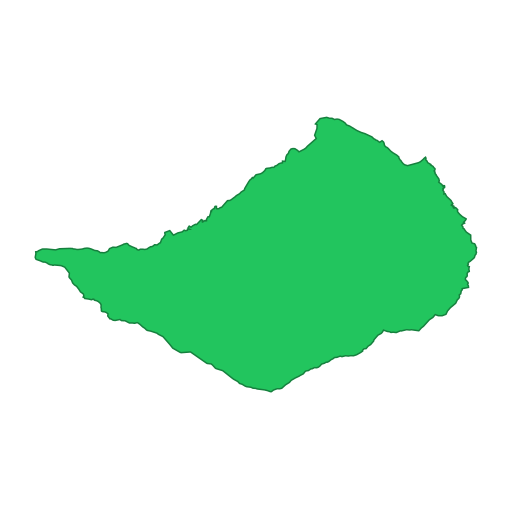 Rosia, Bihor, Romania, rotated 178°
{"feature_id": "2599482B74663584597770", "entity_name": "Rosia", "entity_type": "district", "adm_level": 2, "iso_a3": "ROU", "parent_name": "Romania", "parent_adm1": "Bihor", "projection": "robinson", "projection_center": [22.429, 46.826], "detail": "fine", "context": "isolated", "style": "filled", "palette": "green", "viewbox_px": 512, "rotation_deg": 178, "n_neighbors": 0, "source": "geoboundaries", "source_scale": "gbopen_adm2", "svg_char_len": 6015}
<svg xmlns="http://www.w3.org/2000/svg" viewBox="0 0 512 512"><g transform="rotate(178 256 256)"><path d="M476.0,267.9L475.9,266.0L476.7,262.4L476.2,260.8L475.8,260.3L471.7,258.7L469.5,257.6L468.3,257.3L467.0,257.3L464.4,255.9L463.9,255.3L462.5,254.8L462.2,254.5L460.7,254.3L459.3,253.8L458.6,253.8L458.0,254.1L451.9,253.3L450.9,253.1L447.5,251.5L443.1,245.4L443.6,241.7L443.3,240.9L441.2,238.4L440.2,235.5L438.5,233.5L436.3,231.9L434.2,228.9L432.7,226.3L429.9,224.1L429.4,221.9L430.2,221.0L428.9,220.2L428.6,219.5L424.6,218.8L421.9,218.0L420.4,218.6L419.5,218.4L419.3,217.8L418.8,217.4L416.9,216.9L415.2,216.0L413.3,214.2L412.5,212.7L412.7,209.6L412.3,208.6L412.5,207.5L412.3,206.3L412.0,206.1L410.8,205.6L409.7,205.6L407.8,204.9L405.9,203.4L406.2,201.7L406.2,201.1L404.1,198.2L403.4,198.3L401.0,196.8L399.0,196.5L394.1,197.3L393.1,196.4L392.3,196.0L391.4,196.1L390.4,195.9L389.2,195.9L384.9,193.5L382.0,193.4L379.7,193.0L376.9,193.6L374.4,191.8L371.7,189.1L369.7,187.7L368.0,185.9L367.1,185.4L363.8,184.6L357.6,182.3L356.4,181.2L351.8,178.7L345.2,170.6L342.4,166.8L335.1,162.3L334.1,162.0L324.8,162.4L309.2,150.7L308.5,150.3L304.5,149.7L303.1,148.4L300.6,145.4L299.9,144.9L293.3,142.6L283.9,134.6L282.6,133.6L278.6,131.2L276.9,129.2L274.3,128.3L271.3,126.3L269.8,125.7L265.6,125.0L263.7,124.0L260.9,123.7L259.5,123.1L252.1,121.9L249.3,121.1L246.3,119.9L245.3,119.9L243.3,121.4L239.6,122.6L236.9,122.5L234.9,122.9L231.0,126.2L227.0,128.5L225.2,130.5L220.9,132.8L217.1,134.4L216.4,134.9L212.8,136.6L210.8,139.0L209.9,139.4L207.5,139.7L205.3,141.2L203.6,141.4L201.6,142.4L199.2,142.2L197.6,142.7L196.1,143.7L194.2,145.7L191.5,146.4L189.6,147.4L188.4,147.4L186.9,148.0L184.7,149.7L182.7,150.6L181.0,151.8L178.7,151.9L175.4,153.0L173.6,152.4L170.0,153.2L167.3,152.8L164.8,153.1L162.0,152.9L158.9,153.8L154.8,155.9L152.8,157.2L153.0,157.8L151.3,159.5L149.2,159.6L147.1,162.0L144.5,163.5L141.4,166.9L141.1,168.1L138.7,170.7L136.8,172.7L133.9,174.1L133.1,174.7L132.0,176.0L131.2,177.5L127.4,176.0L124.9,175.6L124.1,175.0L123.3,174.9L121.7,175.1L119.3,174.7L118.5,174.6L114.3,176.2L113.5,176.0L108.1,177.1L105.0,176.7L103.2,176.9L95.9,175.6L93.2,178.4L91.1,179.9L84.9,186.3L81.4,188.4L78.9,191.2L76.0,190.0L72.1,189.8L68.2,191.1L66.5,194.4L63.5,197.6L58.1,201.8L56.4,205.1L54.8,206.5L54.2,207.6L54.0,208.6L54.2,210.1L52.7,211.1L52.1,214.0L51.1,215.0L51.1,216.2L44.7,217.2L44.8,218.8L45.6,220.4L44.9,221.4L45.1,222.3L45.9,223.1L46.2,223.8L47.5,225.0L47.5,226.2L47.1,227.3L46.2,227.8L45.6,228.7L45.6,231.4L45.0,232.0L44.5,232.8L43.4,233.1L43.5,234.5L43.8,235.2L43.6,235.8L43.6,236.5L43.2,237.9L44.4,238.3L44.9,239.2L44.2,240.0L44.4,241.4L43.8,241.9L43.6,242.5L42.2,243.2L38.3,246.3L37.6,247.3L37.2,248.9L36.0,250.3L35.8,251.6L35.5,252.0L36.0,253.4L35.3,256.9L36.1,257.6L36.2,258.9L37.1,260.6L39.7,261.4L40.8,264.5L40.7,269.4L44.9,272.5L46.4,274.6L46.9,275.7L48.1,276.5L48.3,278.1L49.4,279.5L48.9,280.3L48.0,280.9L47.3,281.1L46.4,281.6L47.4,282.5L46.3,283.4L44.9,285.1L44.7,285.8L48.4,288.1L51.0,290.6L52.7,292.7L53.2,294.0L52.9,294.6L52.8,295.3L54.6,297.2L55.3,297.5L56.2,296.9L56.9,297.1L57.1,297.4L56.9,297.9L57.2,298.3L56.4,298.4L56.6,299.0L58.8,299.7L58.7,299.9L59.0,300.2L58.8,300.6L58.1,300.5L57.4,301.4L58.8,303.8L59.1,304.6L63.3,308.8L64.8,311.7L66.0,311.5L65.8,312.2L66.0,313.9L67.0,315.1L66.5,316.3L66.8,316.3L66.8,317.1L65.2,317.8L65.0,318.4L65.2,319.7L66.1,319.8L66.5,319.1L67.0,319.5L67.7,320.9L70.8,323.4L70.2,324.7L70.6,326.7L73.0,330.3L73.2,331.1L73.9,331.8L74.3,332.6L74.3,333.1L74.1,333.5L75.0,334.8L74.2,335.7L74.1,336.2L74.1,337.1L75.5,338.4L75.6,338.9L76.0,339.4L78.3,340.9L78.1,341.4L81.0,343.2L81.5,344.0L81.7,344.8L83.0,346.2L82.7,347.8L83.1,348.8L84.3,348.0L85.7,346.6L88.4,344.5L90.3,343.6L101.4,341.0L104.3,342.0L105.7,343.1L107.3,345.2L107.9,346.4L108.5,346.8L109.7,348.8L109.8,350.0L111.8,351.9L115.6,354.4L117.8,356.2L120.2,359.0L121.4,360.0L122.6,360.6L123.7,362.0L124.1,364.3L124.6,365.5L126.0,366.8L128.5,365.3L131.1,367.4L132.5,367.8L133.0,368.5L134.1,369.0L136.0,371.0L142.9,374.5L146.6,375.8L150.8,377.9L157.9,382.6L161.0,383.9L162.1,385.6L164.3,387.4L168.1,389.6L170.2,390.0L172.9,389.7L175.2,391.0L177.8,391.1L180.5,392.1L187.2,391.1L192.0,385.9L190.4,385.2L190.6,381.4L193.2,374.6L191.7,371.3L200.8,363.9L202.5,362.1L204.4,360.9L209.4,358.6L210.8,360.1L213.4,361.9L215.3,362.1L217.3,361.7L219.3,359.5L220.1,357.4L221.7,355.9L222.6,353.9L223.0,351.6L223.6,349.5L226.2,349.9L226.3,348.2L227.9,348.0L229.7,347.5L232.2,345.7L233.9,345.2L234.6,344.2L235.1,343.9L235.8,344.1L237.7,343.9L238.6,343.5L242.3,343.2L243.1,342.9L244.2,341.1L246.6,339.0L248.6,338.0L253.1,337.2L256.2,333.9L256.9,334.5L258.5,332.7L259.2,332.4L260.6,330.6L264.9,323.9L265.3,322.4L268.8,320.3L270.1,318.9L273.6,317.0L274.8,315.9L279.8,312.5L282.6,312.3L288.7,305.8L289.8,305.7L290.7,305.2L291.4,304.6L293.1,304.5L293.8,304.7L293.8,307.0L295.0,307.1L295.6,306.4L296.0,304.8L297.0,304.6L299.0,303.1L299.0,302.2L299.5,302.4L300.1,299.8L301.3,296.9L302.7,296.8L304.3,294.1L304.2,293.0L304.9,292.8L305.8,293.2L308.2,291.8L308.5,292.0L308.0,293.5L309.4,294.3L314.3,289.5L315.4,289.8L318.1,288.5L319.9,287.1L321.7,288.2L322.9,286.6L322.8,285.8L321.7,285.1L323.5,285.2L323.7,284.1L325.5,283.7L326.9,284.3L328.9,282.7L333.3,281.8L337.8,279.7L341.3,284.4L346.3,282.7L346.3,281.6L346.0,280.4L348.3,277.2L349.7,276.1L351.1,272.5L351.7,272.4L354.5,270.5L356.9,270.8L358.8,269.4L359.7,269.0L360.8,269.0L362.5,268.2L364.8,266.7L367.0,266.4L368.7,266.7L371.5,266.8L372.9,266.0L374.6,266.5L375.3,267.7L376.3,267.9L376.9,268.4L379.1,269.3L382.0,270.8L382.8,271.3L383.9,272.8L385.1,273.1L386.3,272.7L387.5,272.6L388.8,271.9L395.4,269.5L398.7,269.8L402.1,268.5L403.6,266.1L406.0,264.9L407.9,264.5L409.9,264.8L411.6,264.8L412.7,265.8L414.2,266.7L417.1,267.2L420.3,268.7L422.6,269.5L424.6,269.8L427.3,269.6L429.4,269.0L433.7,268.7L435.0,268.8L436.9,269.3L438.0,269.3L439.2,269.9L441.8,270.1L452.1,270.1L456.1,269.1L465.0,270.3L469.3,270.4L473.3,268.8L474.3,268.0L476.0,267.9Z" fill="#22c55e" stroke="#15803d" stroke-width="1.5"/></g></svg>